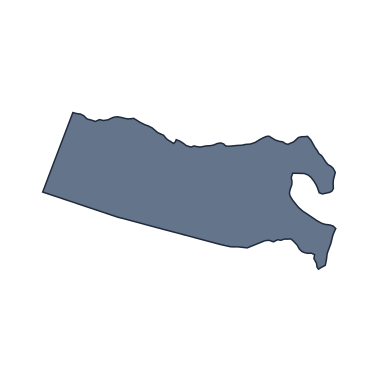 Santa Cruz de Monte Castelo, Paraná, Brazil, rotated 253°
{"feature_id": "56859067B19396255459942", "entity_name": "Santa Cruz de Monte Castelo", "entity_type": "district", "adm_level": 2, "iso_a3": "BRA", "parent_name": "Brazil", "parent_adm1": "Paraná", "projection": "albers", "projection_center": [-53.375, -23.082], "detail": "fine", "context": "isolated", "style": "filled", "palette": "slate", "viewbox_px": 384, "rotation_deg": 253, "n_neighbors": 0, "source": "geoboundaries", "source_scale": "gbopen_adm2", "svg_char_len": 1969}
<svg xmlns="http://www.w3.org/2000/svg" viewBox="0 0 384 384"><g transform="rotate(253 192 192)"><path d="M211.4,318.8L212.1,315.5L212.8,313.1L213.0,309.7L210.2,303.8L209.9,300.4L209.5,297.8L210.9,295.5L213.4,293.5L215.1,290.1L217.3,286.9L222.9,281.9L223.4,279.2L223.0,275.7L222.2,271.6L220.9,266.8L220.8,261.8L221.9,256.9L222.1,253.7L223.5,248.0L224.2,244.2L225.3,239.6L226.4,237.5L228.6,236.4L230.5,233.9L231.0,230.3L230.6,226.4L230.9,223.3L232.0,218.6L232.5,213.5L233.6,210.6L235.5,207.4L235.2,204.4L236.7,202.0L238.2,199.9L241.0,198.0L244.2,195.3L246.7,192.2L244.8,190.7L243.8,188.5L246.1,186.7L248.7,184.3L250.6,183.0L254.6,181.4L258.9,176.5L265.0,172.6L268.0,169.5L270.2,166.5L273.9,162.6L276.4,160.5L279.5,157.7L280.1,154.3L280.7,151.9L282.3,148.9L284.0,146.1L285.7,142.8L286.4,139.2L286.1,136.0L285.6,133.0L286.2,128.4L288.3,124.6L287.7,120.3L290.0,117.1L292.5,113.0L296.7,110.7L299.1,108.2L300.7,104.7L302.8,101.3L260.3,68.3L235.6,49.2L189.5,113.8L186.9,118.2L166.4,150.9L159.9,161.4L134.1,202.8L132.8,205.0L128.3,212.9L126.1,219.9L122.4,228.5L123.2,237.2L124.1,247.6L123.3,251.6L120.5,255.4L121.3,260.0L119.8,262.8L120.0,266.5L119.0,269.6L118.2,272.8L115.3,274.7L110.6,277.0L106.0,278.0L102.8,279.8L100.9,282.2L99.4,285.0L98.6,288.3L96.2,290.9L92.7,289.1L87.4,290.2L83.5,289.6L81.2,290.4L82.0,293.3L82.9,298.0L88.0,300.8L93.3,303.1L95.2,304.4L102.1,309.7L109.2,313.9L112.0,316.1L115.0,318.8L118.2,317.0L120.2,314.2L122.1,309.9L124.2,306.8L128.3,302.9L136.4,296.4L141.3,292.3L145.9,289.5L148.1,288.5L154.9,285.8L159.7,284.6L162.6,284.9L165.3,286.3L169.8,289.6L172.6,290.6L176.9,291.2L180.5,293.8L178.6,299.6L176.8,304.9L174.1,308.2L171.1,310.1L166.6,311.8L163.1,312.7L159.8,313.2L154.1,313.4L152.0,316.1L151.4,323.7L152.0,326.1L153.9,328.2L158.7,329.4L162.3,330.8L168.9,334.8L173.4,333.9L176.0,332.4L178.4,330.1L181.3,328.8L188.8,326.6L191.5,324.6L194.9,323.9L198.7,322.6L206.8,320.9L211.4,318.8Z" fill="#64748b" stroke="#1e293b" stroke-width="1.5"/></g></svg>